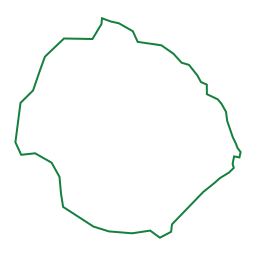 the district of Has, Kukës, Albania
{"feature_id": "67620474B51228836218093", "entity_name": "Has", "entity_type": "district", "adm_level": 2, "iso_a3": "ALB", "parent_name": "Albania", "parent_adm1": "Kukës", "projection": "equal_earth", "projection_center": [20.413, 42.193], "detail": "fine", "context": "isolated", "style": "outline", "palette": "green", "viewbox_px": 256, "rotation_deg": 0, "n_neighbors": 0, "source": "geoboundaries", "source_scale": "gbopen_adm2", "svg_char_len": 779}
<svg xmlns="http://www.w3.org/2000/svg" viewBox="0 0 256 256"><path d="M21.2,154.8L35.1,153.3L51.6,162.7L59.5,176.9L61.0,193.5L63.1,206.9L93.5,226.6L108.9,231.4L132.1,233.3L150.2,230.6L159.9,237.7L171.1,231.8L172.0,224.3L203.3,191.9L210.2,186.4L214.5,182.9L219.9,178.1L228.9,172.6L233.8,167.9L232.6,163.9L234.1,156.4L239.4,157.4L240.6,152.1L237.5,147.9L235.9,143.6L232.9,137.5L229.8,128.5L227.2,121.0L226.0,111.8L221.5,103.8L217.7,99.3L206.9,94.2L206.8,84.6L200.9,82.0L197.5,75.6L189.0,64.9L181.6,62.7L173.5,53.8L161.4,45.3L137.7,41.9L132.8,31.2L118.9,23.3L110.8,21.5L102.0,18.3L101.7,21.1L101.5,24.0L99.2,27.8L98.7,28.6L97.6,30.4L95.6,33.8L92.4,39.0L64.0,38.5L44.9,56.7L39.7,71.1L33.1,90.4L20.5,102.9L15.4,142.3L21.2,154.8Z" fill="none" stroke="#15803d" stroke-width="2"/></svg>